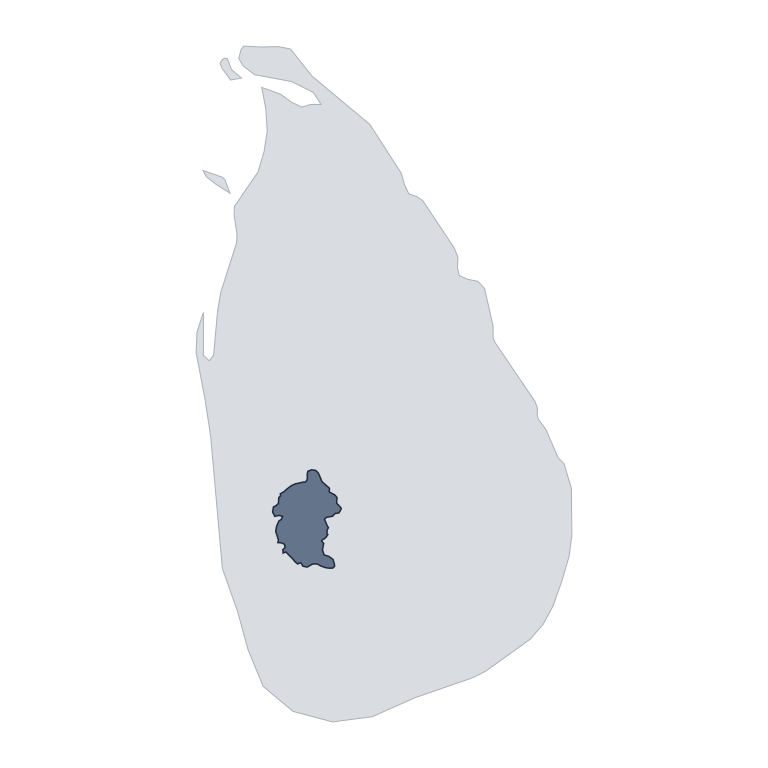 Kægalla highlighted on a map of Sri Lanka
{"feature_id": "LKA-2469", "entity_name": "Kægalla", "entity_type": "District", "adm_level": 1, "iso_a3": "LKA", "parent_name": "Sri Lanka", "parent_adm1": "", "projection": "mercator", "projection_center": [80.358, 7.113], "detail": "fine", "context": "in_parent", "style": "filled", "palette": "slate", "viewbox_px": 768, "rotation_deg": 0, "n_neighbors": 0, "source": "natural_earth", "source_scale": "10m", "svg_char_len": 2345}
<svg xmlns="http://www.w3.org/2000/svg" viewBox="0 0 768 768"><path d="M243.7,46.1L260.3,47.0L278.1,46.6L290.5,49.0L311.9,76.0L369.9,124.5L401.5,173.7L404.4,184.5L408.8,193.8L416.4,196.4L422.7,200.6L454.3,248.1L458.0,257.5L457.4,267.8L459.3,275.5L467.5,279.3L477.8,281.3L484.6,288.5L493.1,326.3L493.1,338.1L495.5,343.2L535.3,402.0L537.6,409.2L537.1,414.5L538.3,419.2L546.0,429.6L558.0,457.6L564.1,463.9L571.4,488.4L571.9,535.2L569.2,556.0L561.8,581.3L553.0,606.0L543.4,623.9L530.4,639.0L485.8,671.1L473.0,677.6L415.0,697.7L372.2,716.7L332.6,721.9L293.0,711.4L263.2,686.4L248.0,649.6L237.5,611.2L222.4,568.5L210.7,436.5L205.1,399.6L196.1,352.5L197.0,332.1L203.4,312.5L203.4,355.4L209.2,360.7L213.6,355.2L217.6,310.8L220.9,291.9L236.6,242.9L237.0,234.2L234.2,215.7L234.4,206.5L258.0,172.0L264.0,152.0L267.2,131.4L265.9,109.2L261.7,87.4L280.7,94.3L291.1,102.0L301.8,107.1L310.5,104.5L320.9,104.4L313.5,92.5L291.4,81.5L254.7,74.7L243.2,66.0L238.8,58.4L241.0,49.6L243.7,46.1ZM225.0,179.9L230.0,193.2L215.7,184.1L206.3,176.6L203.0,170.5L222.5,177.3L225.0,179.9ZM241.4,78.1L230.6,80.0L222.0,68.3L220.0,63.3L222.2,59.8L224.6,58.1L227.4,58.7L231.5,69.6L241.4,78.1Z" fill="#d9dde1" stroke="#a8b0b8" stroke-width="1"/><path d="M297.8,564.0L295.1,561.9L293.0,559.2L285.8,551.9L283.1,553.1L283.0,551.4L282.8,549.7L285.1,547.6L284.6,544.4L281.6,542.9L277.8,542.6L278.3,541.2L278.3,539.6L275.7,531.3L276.6,526.2L278.8,521.1L281.3,519.4L282.6,516.4L279.0,515.4L274.8,516.4L272.6,512.0L273.4,507.0L276.1,505.6L278.4,503.5L278.8,497.5L280.5,496.1L280.3,493.8L283.8,491.8L287.4,488.6L291.2,485.8L295.2,483.9L303.7,482.0L305.5,482.0L306.8,480.3L307.4,478.2L307.2,474.6L307.8,471.3L311.6,469.8L315.7,470.4L318.3,473.0L319.8,476.3L322.0,481.7L329.5,488.3L329.2,491.7L330.6,492.7L335.1,495.1L337.1,497.7L336.7,500.8L336.8,503.4L339.3,505.9L341.3,508.4L340.3,510.7L339.0,512.8L337.1,513.3L335.2,513.4L332.5,516.3L326.5,517.3L324.5,519.2L327.1,525.5L328.4,527.6L327.1,530.3L327.0,533.8L327.2,534.3L327.8,534.5L326.3,537.0L323.9,539.1L322.6,539.5L321.6,540.8L322.6,542.2L323.7,543.3L322.5,549.8L324.0,554.8L329.0,556.5L333.0,559.4L334.4,564.0L334.6,566.4L332.7,568.1L329.2,568.2L325.8,567.7L321.0,566.1L317.3,564.0L314.6,563.9L312.5,564.1L307.2,567.1L302.9,566.2L302.0,564.5L300.8,562.9L299.0,563.3L297.8,564.0Z" fill="#64748b" stroke="#1e293b" stroke-width="1.5"/></svg>